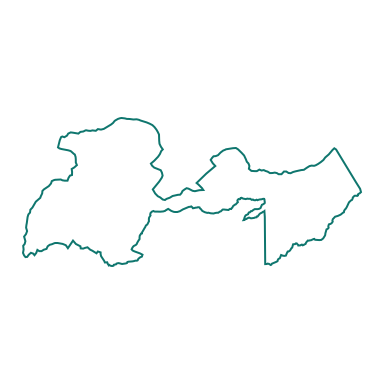 outline of Belgut, Rift Valley, Kenya
{"feature_id": "3690345B57157078015490", "entity_name": "Belgut", "entity_type": "district", "adm_level": 2, "iso_a3": "KEN", "parent_name": "Kenya", "parent_adm1": "Rift Valley", "projection": "albers", "projection_center": [35.283, -0.399], "detail": "fine", "context": "isolated", "style": "outline", "palette": "teal", "viewbox_px": 384, "rotation_deg": 0, "n_neighbors": 0, "source": "geoboundaries", "source_scale": "gbopen_adm2", "svg_char_len": 6026}
<svg xmlns="http://www.w3.org/2000/svg" viewBox="0 0 384 384"><path d="M97.9,129.1L95.8,130.8L92.5,130.4L90.4,130.9L88.1,130.7L86.3,130.3L85.5,130.4L83.3,131.5L80.4,131.9L78.4,133.6L73.0,132.7L70.7,132.4L68.2,133.6L67.0,135.6L64.4,137.2L62.3,136.5L61.1,137.1L59.8,140.2L58.0,147.4L59.4,148.4L61.4,149.0L68.2,150.3L70.5,151.0L71.1,151.4L74.0,154.0L74.8,154.5L75.6,157.0L75.8,159.4L75.8,162.5L76.9,165.1L74.2,167.5L71.7,169.0L72.1,171.9L72.0,175.0L70.0,175.6L68.6,177.7L67.5,180.7L65.0,180.7L62.4,180.3L60.8,179.5L55.1,179.8L54.0,180.1L51.8,181.1L51.0,183.5L48.8,186.1L43.9,189.4L42.4,191.0L42.2,193.4L40.7,196.5L40.3,197.8L35.8,201.7L32.4,207.6L30.4,209.7L30.0,212.6L28.4,214.4L27.6,217.0L26.8,223.0L26.4,225.1L26.1,227.7L27.1,231.1L26.0,234.1L24.1,236.6L25.4,241.2L24.7,243.9L23.2,245.8L23.6,249.6L23.0,252.9L24.1,255.4L25.5,257.1L27.2,256.9L28.7,254.8L30.9,252.8L33.2,253.6L34.5,255.2L36.2,253.0L37.4,249.9L39.2,251.1L41.6,251.1L43.8,249.7L46.5,248.9L47.7,246.3L49.7,244.8L52.0,244.2L54.1,243.3L55.1,243.0L57.6,243.0L62.6,243.9L65.8,245.2L67.9,248.2L73.0,240.6L75.9,244.0L80.4,246.3L80.7,248.4L83.2,248.6L85.0,247.9L87.5,247.3L90.2,249.7L92.3,250.7L96.5,253.3L97.8,251.5L100.6,252.4L100.6,254.1L101.1,256.2L104.2,260.9L104.9,262.5L107.2,262.3L107.8,264.0L108.4,264.5L108.7,265.3L109.3,264.9L110.0,265.5L111.2,265.9L112.3,266.0L113.5,265.7L113.8,264.8L116.1,264.3L116.5,263.6L117.5,263.3L118.7,263.1L122.1,264.0L126.0,263.4L127.0,263.0L127.4,262.0L128.5,261.7L132.3,261.4L133.9,261.1L135.2,260.7L136.0,260.6L136.9,260.7L137.7,260.3L138.0,259.4L138.6,258.6L140.2,257.3L141.9,256.6L142.5,254.7L140.0,253.4L134.5,251.4L132.6,250.5L131.6,249.3L132.5,247.5L133.6,246.1L135.9,244.9L136.8,243.9L137.2,242.8L138.7,240.2L139.3,239.6L139.6,238.9L139.5,238.1L139.7,235.9L140.0,235.2L140.6,234.5L141.0,233.6L142.0,233.4L142.0,232.7L142.3,231.9L142.9,231.0L144.6,228.0L145.1,227.3L145.9,225.5L147.3,224.5L149.0,221.1L148.8,219.9L149.0,219.0L148.9,218.2L149.4,217.1L150.5,215.5L150.2,214.6L150.5,213.1L151.8,211.7L153.4,211.0L154.4,211.5L155.1,211.6L157.5,211.6L160.3,211.7L163.4,211.4L165.2,210.8L165.8,210.2L166.5,210.0L167.3,209.3L168.2,208.9L171.3,210.9L173.6,211.8L174.9,212.0L177.3,212.0L179.9,211.2L182.9,209.4L185.5,208.3L188.8,206.9L190.3,206.8L191.2,206.4L192.5,207.5L192.8,208.2L193.5,208.2L196.0,207.6L196.9,207.6L198.0,207.2L199.5,207.4L200.0,208.4L200.9,209.1L202.3,210.9L204.8,212.2L207.3,212.9L208.3,212.7L210.8,213.3L213.6,213.5L215.2,213.0L217.2,212.7L218.1,212.8L219.9,211.6L220.9,211.3L222.6,209.6L223.7,209.5L228.5,210.0L229.3,209.3L230.0,208.9L231.2,209.0L231.6,208.2L232.3,207.7L233.0,206.2L234.8,204.7L235.6,204.5L237.9,202.1L237.5,201.3L237.4,200.4L238.0,199.5L238.7,199.0L239.6,199.3L240.3,199.0L240.6,198.0L241.6,197.8L243.1,198.6L245.8,199.1L247.3,198.6L248.0,198.8L250.4,198.8L251.2,199.5L251.9,199.9L252.9,199.5L253.8,200.1L255.1,200.3L256.7,199.7L257.4,200.2L259.4,199.5L261.5,199.3L263.2,198.8L264.2,198.9L264.5,199.7L264.5,200.4L264.8,202.2L264.6,203.3L262.9,204.4L261.9,204.8L260.5,208.1L259.2,208.8L257.9,209.1L254.8,209.1L253.4,209.9L251.9,211.1L251.0,211.1L249.9,212.3L249.0,212.4L248.3,213.4L248.1,214.2L245.7,215.3L245.0,216.4L244.5,217.7L244.1,219.2L243.6,220.1L244.5,220.0L245.3,219.2L246.4,219.0L247.2,218.4L248.7,217.7L249.5,217.7L250.5,218.2L251.4,218.3L254.2,217.9L254.9,217.5L256.5,217.3L256.8,216.5L257.7,216.4L259.4,214.2L260.3,213.4L262.0,212.6L262.8,211.9L263.8,211.6L264.4,211.1L264.8,216.9L265.2,264.1L266.9,264.0L267.6,263.6L269.0,263.9L270.7,265.0L271.3,264.7L271.9,263.7L276.4,261.8L277.5,261.2L277.7,260.3L278.2,259.2L278.9,258.7L279.8,258.3L281.1,255.0L281.8,255.2L282.5,255.6L284.3,255.9L285.9,255.6L286.9,253.1L287.7,251.5L288.6,251.5L290.0,250.5L291.5,248.1L292.2,247.6L292.8,245.3L293.1,244.3L295.1,244.1L295.8,243.4L296.7,243.4L297.4,244.3L298.1,244.8L298.3,245.5L300.2,245.4L300.9,245.0L301.9,244.6L302.6,245.3L303.7,245.0L304.4,244.4L305.5,244.0L306.0,242.8L306.6,241.9L307.9,240.5L308.7,240.7L309.6,240.4L311.1,240.2L313.6,239.0L314.3,238.9L314.6,239.5L315.4,239.8L319.4,240.1L321.3,239.9L323.2,238.4L324.9,235.7L325.2,235.0L325.4,233.3L326.5,229.4L327.5,228.9L328.3,228.3L328.6,227.6L328.3,226.4L328.6,225.1L329.1,224.2L330.3,224.0L331.5,223.3L332.3,222.3L332.7,221.6L332.4,220.7L332.8,219.2L335.1,216.7L337.9,215.9L340.7,214.6L343.0,212.7L343.9,212.3L344.2,210.6L345.2,209.2L345.8,208.7L346.8,207.0L349.0,202.3L351.1,200.3L351.9,200.0L352.7,198.5L352.8,197.5L354.5,195.8L355.5,195.7L357.3,195.9L358.0,195.4L357.9,194.5L358.5,193.9L359.6,193.4L361.0,192.1L360.1,188.8L355.7,181.8L336.1,149.5L334.3,148.3L332.5,150.0L328.8,154.4L325.2,157.5L323.4,160.0L320.8,162.1L318.2,163.9L315.7,165.3L314.1,165.8L311.6,165.6L309.5,166.1L306.6,167.9L303.9,169.8L301.1,170.1L295.7,171.3L293.1,172.0L290.6,173.2L288.5,173.0L286.3,171.5L284.0,171.5L281.5,174.2L278.6,174.2L276.9,173.1L274.8,172.6L272.6,173.0L270.0,173.1L267.6,171.6L265.6,171.0L263.8,170.1L261.5,170.5L259.4,169.6L256.9,171.1L254.4,171.1L251.4,170.9L248.9,168.8L249.4,166.0L248.5,163.5L246.8,161.7L245.9,159.3L244.1,155.5L241.5,152.7L238.0,149.3L235.9,148.0L232.9,148.2L226.0,149.3L225.3,149.7L223.1,150.6L220.6,152.5L218.0,155.2L215.7,156.1L213.5,156.3L212.0,158.0L210.7,159.9L212.8,163.3L215.3,166.0L206.3,173.6L196.6,183.0L198.6,184.7L201.9,188.0L203.3,190.0L199.3,190.2L194.9,191.2L192.6,190.8L188.6,188.7L186.6,188.2L184.5,189.5L182.5,191.0L181.5,193.1L180.1,194.7L178.0,194.8L172.6,196.0L169.8,197.7L166.5,198.9L165.0,200.0L162.7,199.5L160.3,197.5L157.8,196.2L155.2,193.5L152.8,189.4L159.2,181.6L161.8,177.7L162.6,175.6L161.9,172.6L160.7,170.2L154.2,167.6L152.1,165.7L150.9,163.6L154.3,160.7L158.1,156.7L159.9,154.1L161.2,151.1L162.8,149.4L160.9,146.7L159.5,143.8L159.2,140.8L159.0,134.5L157.7,131.8L156.4,129.6L154.5,127.1L152.4,125.1L149.5,123.6L146.6,122.4L140.5,120.5L138.9,119.8L136.6,119.3L133.4,119.5L129.7,119.0L126.8,118.9L124.9,118.4L121.6,118.0L120.2,118.2L118.0,118.9L115.2,120.5L114.4,121.2L113.1,122.9L111.1,124.5L103.8,128.9L101.0,129.6L97.9,129.1Z" fill="none" stroke="#0f766e" stroke-width="2"/></svg>